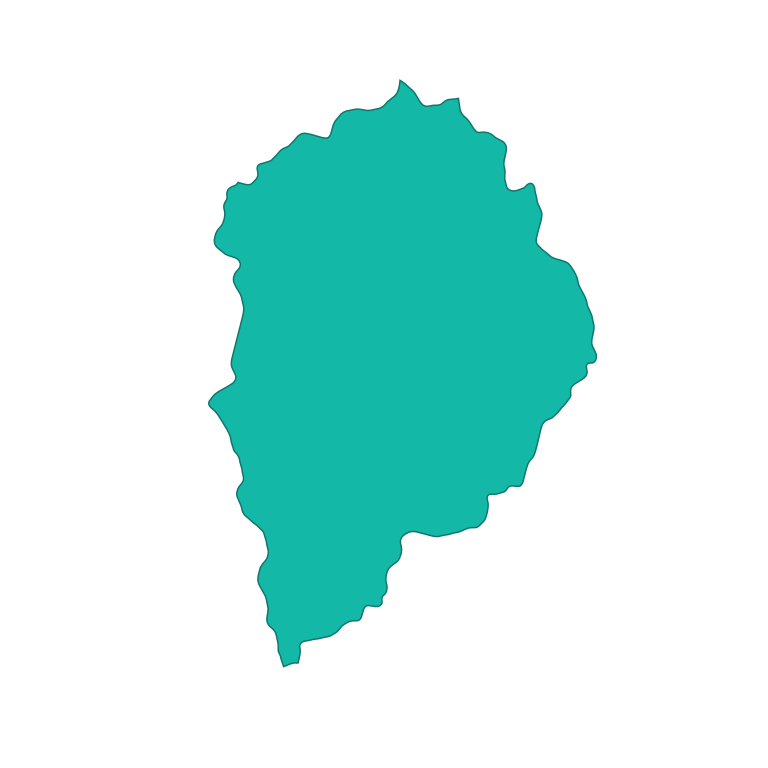 Hato Mayor del Rey, Hato Mayor, Dominican Republic (Mercator projection), rotated 14°
{"feature_id": "3306468B72856581619047", "entity_name": "Hato Mayor del Rey", "entity_type": "district", "adm_level": 2, "iso_a3": "DOM", "parent_name": "Dominican Republic", "parent_adm1": "Hato Mayor", "projection": "mercator", "projection_center": [-69.331, 18.711], "detail": "fine", "context": "isolated", "style": "filled", "palette": "teal", "viewbox_px": 768, "rotation_deg": 14, "n_neighbors": 0, "source": "geoboundaries", "source_scale": "gbopen_adm2", "svg_char_len": 6151}
<svg xmlns="http://www.w3.org/2000/svg" viewBox="0 0 768 768"><g transform="rotate(14 384 384)"><path d="M387.1,88.9L383.9,90.3L378.8,92.0L377.0,92.9L374.7,94.8L372.0,98.4L370.6,99.6L368.9,100.4L364.1,101.8L359.8,103.8L357.8,104.3L356.7,104.3L354.6,104.0L353.6,103.5L351.8,102.4L349.4,100.2L343.8,94.6L342.0,93.2L340.2,92.0L336.4,90.2L331.0,87.2L326.1,85.5L326.7,89.9L326.8,94.4L326.4,97.8L325.8,99.9L324.1,102.8L319.3,109.0L316.9,113.6L315.0,116.0L312.6,117.8L304.4,121.8L301.4,122.7L293.7,123.3L290.5,124.0L281.3,128.3L278.9,130.2L277.0,132.5L273.4,139.9L272.7,141.8L272.1,145.2L271.9,153.3L271.6,155.5L270.9,157.4L270.3,158.3L269.5,158.9L267.7,159.6L264.6,159.9L252.7,159.5L248.0,159.7L245.7,160.1L244.7,160.6L243.7,161.0L242.2,162.3L240.3,164.6L238.1,169.2L234.2,175.9L232.9,177.2L229.2,180.0L227.3,182.2L226.3,183.9L224.5,187.6L220.5,194.3L219.1,195.5L210.4,200.7L209.2,202.0L208.8,202.8L208.6,203.7L208.7,205.5L210.8,210.3L211.2,212.3L211.1,213.3L211.0,214.3L210.4,216.2L208.1,220.2L207.0,221.8L206.3,222.5L205.4,223.0L204.5,223.4L202.5,223.8L199.3,223.9L193.7,223.7L193.0,225.4L192.1,226.9L191.4,227.5L188.5,229.5L186.6,231.5L185.7,233.2L185.3,235.2L185.4,237.2L186.5,240.5L186.8,242.0L186.6,243.6L185.6,246.9L185.4,248.9L185.5,249.9L186.0,251.8L187.7,255.3L188.4,257.3L188.8,259.4L189.0,262.8L188.8,266.1L188.4,268.3L187.7,270.2L185.4,274.7L184.8,276.7L184.4,278.9L184.3,283.4L184.6,285.6L185.2,287.7L186.3,289.4L187.7,290.9L189.4,292.1L196.8,295.6L198.6,296.4L201.9,297.0L208.4,297.4L210.5,297.8L212.5,298.7L214.0,299.9L215.2,301.5L215.6,302.4L215.9,304.5L215.6,306.5L213.1,311.6L212.5,313.6L212.3,316.9L212.6,319.0L213.4,321.1L214.6,322.9L216.8,325.5L222.4,331.1L224.4,333.7L229.1,343.0L229.8,345.0L230.3,348.4L230.5,351.9L230.3,392.6L230.3,396.2L230.6,399.7L231.1,401.9L232.0,404.0L233.3,405.8L237.5,410.9L238.5,412.8L238.7,413.8L238.8,416.0L238.1,418.0L237.0,419.9L233.9,423.2L225.4,431.3L222.4,434.8L221.3,436.7L218.7,442.7L218.5,444.5L218.7,445.4L219.6,447.0L220.9,448.2L222.5,449.2L226.2,450.9L229.8,453.6L234.8,458.3L243.1,466.6L245.3,469.2L247.4,471.9L250.1,477.6L254.1,484.3L255.3,485.6L257.7,487.1L259.1,488.3L260.5,489.8L261.7,491.4L263.4,495.1L266.5,500.4L268.1,504.3L269.9,507.8L270.6,509.6L270.8,511.7L270.5,513.7L268.1,518.9L267.6,521.0L267.4,524.2L267.7,526.4L268.1,527.4L268.5,528.4L269.8,530.3L274.6,536.5L277.6,542.0L279.7,544.3L281.3,545.4L285.1,547.2L290.4,550.1L294.4,551.7L301.9,556.1L302.7,556.7L303.8,558.3L307.8,565.0L309.5,568.9L311.8,573.3L312.2,574.3L312.7,576.4L312.8,579.7L312.5,581.8L311.8,583.8L309.6,588.2L308.4,592.4L308.3,598.1L308.5,601.4L308.8,603.6L309.4,605.8L311.1,608.6L313.3,611.1L319.5,617.7L320.8,619.4L321.9,621.3L325.8,629.7L326.4,632.9L327.0,639.4L327.5,641.5L327.9,642.5L328.9,644.2L330.3,645.7L331.9,646.8L336.3,649.2L337.8,650.4L339.2,651.9L340.2,653.7L344.2,661.9L345.5,666.9L346.1,668.7L347.0,670.1L349.1,672.7L350.9,676.1L355.0,682.5L360.5,678.5L363.1,676.9L365.0,676.2L368.1,675.5L368.0,669.7L367.7,665.2L367.0,662.2L366.0,659.8L365.5,658.1L365.5,657.3L365.7,656.4L366.5,654.8L367.1,654.2L368.6,653.0L373.1,651.0L377.6,648.7L382.5,646.8L386.9,644.4L390.8,642.7L393.4,640.9L395.9,638.5L398.2,635.9L399.4,633.9L401.7,629.1L403.1,627.3L405.4,624.9L407.2,623.4L409.0,622.2L410.9,621.4L415.5,620.1L417.0,619.0L417.6,618.2L418.0,617.3L418.4,615.3L418.7,608.7L418.9,606.6L419.6,604.7L420.3,603.9L421.1,603.2L423.1,602.6L429.6,602.0L431.7,601.4L432.5,601.0L433.9,599.8L434.8,598.3L435.0,597.4L435.0,596.6L433.9,593.0L433.8,591.4L434.2,589.9L435.8,587.4L436.1,586.6L436.5,584.8L436.5,582.9L436.0,579.8L433.8,575.4L433.1,573.3L432.5,569.7L432.4,566.1L433.0,562.5L434.0,560.4L435.2,558.6L439.5,553.4L440.6,551.4L441.2,549.1L441.6,545.5L441.5,543.1L441.2,540.7L440.5,538.5L438.4,534.2L437.9,532.2L437.8,531.2L438.1,529.1L438.4,528.0L439.6,526.1L441.0,524.4L443.5,522.2L445.4,521.0L447.7,520.1L450.0,519.7L452.5,519.6L467.4,519.8L471.1,519.5L473.4,518.9L478.7,516.2L482.6,514.6L487.9,511.6L491.7,509.9L493.6,508.7L499.0,504.5L500.8,503.4L502.8,502.5L507.5,501.2L509.2,500.3L510.4,498.9L513.9,493.2L514.7,491.1L515.2,487.6L515.2,482.7L514.7,477.9L513.9,474.6L512.2,471.3L511.6,469.7L511.6,467.9L511.8,467.0L512.3,466.2L513.0,465.6L513.8,465.2L518.3,464.1L520.1,463.4L526.7,459.6L527.8,458.3L529.1,455.1L529.9,453.6L530.5,453.0L531.3,452.4L533.2,451.8L538.2,451.1L540.1,450.4L541.0,449.7L541.5,449.0L542.2,447.2L542.5,445.2L542.6,432.3L542.8,428.7L543.1,426.4L543.7,424.2L546.2,418.8L546.8,416.5L547.1,414.2L547.3,408.1L547.1,389.7L547.3,386.2L547.8,383.9L548.7,382.0L549.9,380.4L551.3,379.1L554.3,377.0L555.6,375.8L559.8,369.2L561.9,364.5L564.9,359.2L567.5,352.8L568.0,351.1L567.9,349.5L566.9,346.3L566.5,344.5L566.6,342.5L566.8,341.5L567.8,339.5L569.2,337.6L575.0,331.7L576.5,329.9L577.7,328.0L578.1,327.0L578.3,325.9L578.3,323.9L577.8,322.1L576.7,319.7L576.1,318.2L576.1,316.5L576.3,315.7L576.7,315.0L577.3,314.4L578.7,313.8L580.9,313.2L582.3,312.3L582.9,311.5L583.6,309.8L583.7,308.8L583.6,306.8L583.0,304.7L582.6,303.7L581.3,301.9L577.0,296.7L575.9,294.7L575.5,293.6L574.9,290.1L574.5,280.6L574.1,278.2L573.4,276.2L568.8,266.9L562.5,258.8L560.1,254.0L558.8,252.1L556.6,249.3L551.7,244.0L549.4,241.3L548.2,239.3L545.8,234.5L543.7,231.6L540.5,228.1L537.0,224.8L534.1,222.7L533.0,222.2L530.8,221.6L527.2,221.2L518.9,220.9L515.4,220.2L510.0,217.5L505.2,215.4L499.5,211.9L498.1,210.6L497.1,208.8L496.6,205.6L496.5,202.2L496.8,186.7L496.5,183.3L496.1,181.0L495.7,180.0L494.6,178.0L489.7,171.8L488.5,169.9L486.8,165.9L484.4,161.5L482.5,156.9L481.4,155.4L480.0,154.3L479.2,153.9L478.3,153.8L477.4,154.0L476.6,154.3L475.9,154.8L474.7,156.0L473.0,159.0L471.8,160.3L466.2,164.0L464.4,164.9L462.3,165.5L460.2,165.6L458.2,165.2L456.4,164.3L455.2,162.8L452.0,156.9L451.3,155.0L450.2,149.6L449.7,147.6L447.2,142.1L446.7,139.9L446.5,137.7L446.3,129.9L446.0,126.6L445.3,124.5L444.9,123.6L443.6,122.0L442.0,120.7L440.1,119.8L432.9,118.1L428.4,116.0L426.4,115.4L424.3,115.1L421.1,115.2L419.1,115.7L415.0,117.1L413.2,117.0L411.5,116.2L409.0,114.3L404.2,109.7L401.6,107.6L399.8,106.4L396.1,104.5L394.5,103.3L393.1,101.9L391.9,100.2L391.4,99.3L387.1,88.9Z" fill="#14b8a6" stroke="#0f766e" stroke-width="1.5"/></g></svg>